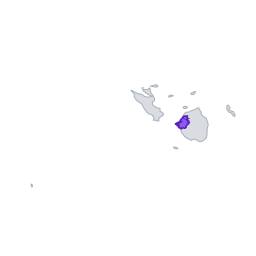 Ra, Western, Fiji shown in context, rotated 257°
{"feature_id": "14151628B53541640625043", "entity_name": "Ra", "entity_type": "district", "adm_level": 2, "iso_a3": "FJI", "parent_name": "Fiji", "parent_adm1": "Western", "projection": "equal_earth", "projection_center": [178.211, -17.485], "detail": "fine", "context": "in_parent", "style": "filled", "palette": "violet", "viewbox_px": 256, "rotation_deg": 257, "n_neighbors": 0, "source": "geoboundaries", "source_scale": "gbopen_adm2", "svg_char_len": 5264}
<svg xmlns="http://www.w3.org/2000/svg" viewBox="0 0 256 256"><g transform="rotate(257 128 128)"><path d="M122.8,178.5L122.8,179.9L123.5,180.5L124.2,180.6L125.9,183.3L128.6,185.6L130.2,187.4L130.3,188.9L129.8,190.5L130.5,193.4L130.8,196.4L132.0,201.1L130.3,202.0L127.7,202.2L127.1,203.0L126.2,202.5L124.0,202.9L121.9,204.4L119.9,206.6L117.6,206.6L115.1,207.0L112.5,206.7L110.7,205.6L107.5,204.4L103.2,203.3L101.4,202.4L100.0,201.0L98.6,197.6L98.4,195.8L98.6,194.2L99.8,193.6L100.9,192.8L101.0,191.7L101.5,191.0L102.1,190.7L102.4,190.2L101.9,188.4L101.8,186.8L104.3,183.8L107.0,181.3L111.8,179.0L114.7,179.2L119.1,177.4L120.6,176.6L122.0,177.1L122.8,178.5ZM163.9,139.9L160.3,144.1L158.9,146.3L157.8,148.8L154.8,151.4L153.4,154.9L153.5,158.4L156.6,154.7L160.1,151.7L161.1,151.1L162.2,151.1L162.1,152.2L161.6,153.2L161.2,155.9L162.1,158.4L159.6,158.1L157.0,158.3L154.0,159.7L151.1,160.3L150.0,160.3L148.9,159.9L148.2,159.2L147.7,157.5L147.1,157.3L144.8,157.3L141.3,160.6L140.1,163.3L138.8,163.5L137.2,162.9L135.3,165.0L133.0,165.8L132.0,164.0L131.3,161.8L130.5,160.2L128.0,159.7L128.4,157.8L129.0,156.9L129.6,155.8L130.0,154.4L131.2,155.3L132.5,155.8L133.9,154.8L135.3,154.7L136.8,151.8L139.0,150.0L142.2,148.5L145.3,147.5L147.0,147.3L148.6,146.6L151.3,143.9L153.2,142.5L155.2,141.6L157.1,141.1L158.8,141.6L160.3,141.3L163.9,139.4L163.9,139.9ZM127.7,229.7L127.7,231.0L124.6,231.9L123.6,230.8L123.0,230.6L121.1,232.6L120.6,233.4L120.4,234.0L120.0,234.4L116.6,235.3L115.1,234.4L116.1,233.7L117.4,232.4L118.6,232.6L119.8,231.4L121.1,229.5L122.8,229.1L124.1,228.4L126.1,228.9L127.7,229.7ZM163.8,165.4L162.0,166.6L161.4,165.4L162.2,162.6L163.8,159.7L163.8,162.0L163.8,165.4ZM148.2,201.8L148.0,202.1L145.9,199.5L146.0,198.5L146.4,197.6L147.2,196.8L147.9,198.2L148.5,200.6L148.2,201.8ZM135.8,189.9L134.6,190.5L133.9,188.5L134.8,186.6L135.9,186.4L136.4,188.4L135.8,189.9ZM150.0,178.3L149.2,179.2L148.8,174.8L149.7,174.8L150.3,175.3L150.6,176.4L150.0,178.3ZM97.8,171.3L96.6,171.8L97.3,169.2L98.0,168.5L98.4,168.3L99.1,168.1L98.8,169.9L97.8,171.3ZM94.9,21.6L93.9,21.9L92.4,21.7L92.1,21.1L92.6,21.0L93.6,20.7L94.8,20.9L95.0,21.2L94.9,21.6ZM163.9,151.8L163.5,151.8L163.5,151.2L163.9,150.1L163.9,151.8Z" fill="#d9dde1" stroke="#a8b0b8" stroke-width="1"/><path d="M116.8,185.2L117.0,185.3L117.1,185.6L117.2,185.8L117.3,185.9L117.4,186.0L117.5,186.0L117.8,186.1L117.8,186.3L117.8,186.5L118.0,186.7L118.0,186.8L118.0,187.0L118.1,187.3L118.3,187.4L118.3,187.6L118.4,187.8L118.4,187.7L118.5,187.7L118.5,187.8L118.8,188.1L118.9,188.3L119.0,188.5L119.3,188.7L119.4,188.8L119.5,188.9L119.7,188.7L119.8,188.4L119.9,188.2L120.0,188.1L120.4,188.3L120.5,188.0L120.6,188.3L120.6,188.5L120.8,188.7L120.8,188.8L121.0,188.8L121.0,188.7L121.3,188.6L121.2,188.5L121.3,188.5L121.4,188.4L121.5,188.3L121.6,188.2L121.8,188.2L122.1,188.3L122.3,188.2L122.5,188.1L122.7,187.9L122.8,187.8L122.7,187.8L122.7,187.7L122.8,187.6L122.7,187.5L122.7,187.4L122.6,187.2L122.7,186.9L122.9,186.7L122.9,186.8L123.0,187.0L123.2,187.3L123.3,187.4L123.3,187.5L123.6,187.8L123.8,187.9L123.9,188.0L124.0,188.1L124.0,188.4L124.2,188.1L124.3,188.1L124.4,187.9L124.5,187.7L124.5,187.8L124.7,187.7L124.8,187.7L125.0,187.7L125.0,187.9L125.1,188.0L125.4,188.1L125.5,188.1L125.7,188.3L125.8,188.4L125.9,188.5L126.1,188.4L126.3,188.5L126.3,188.4L126.5,188.2L126.5,187.9L126.4,187.8L126.3,187.7L126.5,187.5L126.5,187.3L126.5,187.2L126.5,186.9L126.7,186.7L126.6,186.4L126.7,186.2L126.8,186.2L126.8,185.7L126.9,185.4L126.7,185.3L126.7,185.2L126.8,185.1L126.7,185.0L126.8,184.9L126.8,184.5L126.7,184.5L126.6,184.4L126.5,184.5L126.4,184.4L126.2,184.4L126.0,184.2L125.9,184.1L125.8,183.9L125.6,183.8L125.4,183.9L125.5,183.7L125.5,183.3L125.3,182.9L125.1,182.6L124.9,182.1L124.5,181.8L124.1,181.7L124.1,181.4L124.1,181.2L123.9,180.9L123.6,180.7L123.4,180.6L123.1,180.6L122.9,180.5L122.9,180.4L122.7,180.4L122.6,180.5L122.4,180.7L122.3,180.8L122.3,181.0L122.2,181.0L121.9,181.1L121.8,181.4L121.7,181.2L121.6,180.8L121.6,180.7L121.6,180.4L121.6,180.2L121.6,179.9L121.8,179.8L122.1,179.8L122.3,179.8L122.3,179.7L122.4,179.4L122.3,179.1L122.3,178.9L122.0,178.6L122.1,178.4L122.0,178.1L121.9,178.0L121.8,177.9L121.6,177.6L121.9,177.2L121.8,176.9L121.9,176.6L121.7,176.2L121.5,175.9L121.6,175.5L121.6,175.4L121.2,175.4L120.9,175.3L120.8,175.5L120.7,175.6L120.8,175.6L121.0,175.8L121.2,176.2L121.2,176.3L121.1,176.8L121.1,176.7L120.7,176.8L120.6,176.7L120.4,176.5L120.2,176.5L120.3,176.8L120.2,177.0L120.2,177.3L120.0,177.0L120.0,176.9L119.9,176.5L119.8,176.4L119.6,176.4L119.4,176.5L119.2,176.5L119.0,176.8L119.2,177.0L119.3,177.2L119.8,177.7L119.9,177.8L119.5,177.8L119.3,177.8L119.1,177.8L118.7,178.3L118.4,178.4L118.2,178.1L118.1,177.8L118.0,177.5L117.9,177.5L117.7,177.4L117.2,177.5L117.0,177.8L116.9,177.7L116.6,177.9L116.5,178.0L116.4,178.1L116.4,178.4L116.4,178.5L116.3,178.8L116.3,179.1L116.1,179.4L115.8,179.4L115.7,179.4L115.6,179.5L115.3,179.5L115.2,179.6L115.3,179.7L115.6,179.8L115.6,180.0L115.8,180.0L115.7,180.2L115.6,180.6L115.6,181.5L115.8,181.5L115.9,181.8L115.8,182.0L115.1,182.8L115.1,183.0L115.0,183.4L115.0,183.5L115.2,184.1L115.3,184.2L115.5,184.2L115.6,184.3L115.7,184.5L115.7,184.8L115.8,184.8L116.1,184.8L116.3,184.8L116.5,184.8L116.6,185.0L116.8,185.2Z" fill="#8b5cf6" stroke="#5b21b6" stroke-width="1.5"/></g></svg>